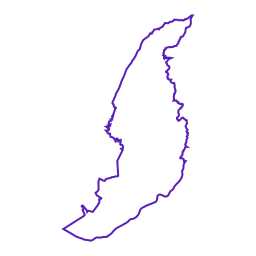 Tabalong, Kalimantan Selatan, Indonesia
{"feature_id": "22746128B29828162207979", "entity_name": "Tabalong", "entity_type": "district", "adm_level": 2, "iso_a3": "IDN", "parent_name": "Indonesia", "parent_adm1": "Kalimantan Selatan", "projection": "orthographic", "projection_center": [115.6, -1.837], "detail": "fine", "context": "isolated", "style": "outline", "palette": "violet", "viewbox_px": 256, "rotation_deg": 0, "n_neighbors": 0, "source": "geoboundaries", "source_scale": "gbopen_adm2", "svg_char_len": 5871}
<svg xmlns="http://www.w3.org/2000/svg" viewBox="0 0 256 256"><path d="M185.7,161.1L184.8,161.0L184.3,161.5L183.9,161.5L183.7,160.8L184.0,160.2L183.4,158.8L181.9,158.3L180.5,158.4L180.2,157.7L181.2,156.6L181.6,155.7L182.4,154.9L182.6,154.0L182.4,152.3L182.7,151.8L183.4,151.5L183.7,150.8L183.5,150.2L184.4,149.4L185.1,148.0L185.1,147.4L186.1,146.9L187.0,146.9L186.2,146.4L185.2,144.7L185.7,143.7L185.6,143.3L186.5,142.0L186.3,140.9L186.6,140.1L186.5,139.5L187.5,137.6L186.7,136.4L187.3,135.8L187.7,135.1L187.7,134.4L187.4,133.5L188.0,133.3L188.1,133.0L187.1,132.5L186.6,131.5L186.6,131.0L187.3,130.5L187.6,129.9L186.2,127.9L185.6,126.3L185.8,125.6L187.0,123.5L186.7,121.7L186.8,120.8L186.6,120.2L186.4,120.1L185.7,120.2L184.4,118.8L183.9,118.7L183.4,118.3L183.2,117.8L182.8,117.5L182.4,117.6L181.9,118.2L181.1,118.5L180.2,119.9L179.2,120.4L178.9,120.4L178.6,120.1L178.2,120.6L177.0,118.9L176.9,117.7L177.9,117.0L178.9,115.5L178.9,113.8L178.3,113.0L178.3,110.9L178.9,109.8L179.6,109.1L180.4,108.6L180.3,108.4L180.6,107.9L181.5,107.6L181.7,106.8L182.2,106.5L182.8,105.6L182.8,104.4L182.1,104.4L181.8,103.8L181.2,104.2L180.5,104.1L180.3,103.8L179.1,103.6L178.7,103.3L178.1,103.1L178.4,102.2L177.0,101.7L176.6,100.6L176.0,100.3L175.7,100.3L175.6,100.6L174.8,100.4L174.6,100.6L174.0,100.3L173.6,100.5L174.0,98.9L173.8,97.8L173.9,96.4L173.8,96.1L174.1,95.3L174.1,94.0L174.6,93.7L174.7,93.2L175.0,93.1L175.1,92.2L175.5,91.6L175.6,91.3L175.2,90.5L175.5,90.0L174.5,87.2L174.8,85.9L174.3,84.4L174.4,83.6L174.3,83.2L173.8,83.2L173.6,82.9L172.2,82.9L171.3,82.5L170.6,81.6L170.7,80.3L171.1,79.7L169.3,79.8L168.0,78.9L168.3,78.3L167.4,77.7L167.4,76.4L167.7,75.4L168.2,75.0L168.0,74.7L168.2,73.8L167.5,72.9L166.6,72.3L166.2,72.3L166.0,71.6L167.5,70.7L167.9,69.7L168.7,69.1L169.3,68.4L169.4,68.0L169.3,66.5L167.4,65.2L166.9,63.6L166.6,63.6L166.2,62.8L166.3,61.8L167.3,61.1L168.3,59.4L171.4,58.0L169.7,57.7L167.3,57.8L166.9,57.6L166.6,58.0L166.2,57.9L166.0,57.4L165.5,58.1L164.5,58.1L164.7,58.4L164.4,58.8L164.0,58.4L163.9,57.6L164.9,56.5L165.4,56.4L165.4,56.0L164.2,55.4L163.4,55.5L163.1,55.3L163.8,54.5L163.8,53.9L163.5,53.5L163.8,53.0L163.6,52.7L164.0,51.6L163.9,51.1L164.2,50.9L164.1,50.4L164.5,50.4L165.0,49.4L165.5,49.3L165.7,48.8L165.5,48.3L166.2,48.2L167.0,47.5L167.4,47.5L167.8,47.3L168.7,47.3L170.1,46.9L170.8,47.3L171.4,47.0L173.1,47.0L173.5,46.8L174.3,46.0L175.7,46.0L176.5,45.8L176.5,45.4L177.1,44.5L178.4,43.4L178.3,42.0L178.7,41.3L179.4,40.8L179.6,39.5L180.5,38.6L180.5,37.4L180.9,36.9L182.5,36.6L183.1,36.0L184.8,33.2L185.3,32.1L185.8,28.3L186.1,27.8L188.5,27.1L190.0,25.9L190.8,23.7L190.7,19.2L191.4,17.4L192.7,15.4L191.9,15.4L191.1,15.7L187.8,18.4L186.1,19.2L185.7,19.0L185.2,19.0L184.6,19.9L184.2,20.1L183.6,20.0L183.1,20.5L182.9,20.3L181.0,20.1L180.7,20.2L180.4,20.0L179.0,20.4L177.1,19.7L175.2,19.9L174.9,19.7L174.1,19.6L173.4,20.7L172.0,21.7L171.3,21.8L170.7,21.7L169.7,21.9L168.4,23.2L165.0,23.0L164.7,23.7L163.7,24.7L162.9,26.5L162.3,26.6L161.8,27.2L160.3,27.8L159.2,28.8L159.1,29.3L158.8,29.3L158.4,28.8L158.0,28.6L156.5,29.3L154.3,29.6L153.8,30.0L153.6,30.9L152.8,31.8L152.4,32.0L152.4,32.8L151.8,33.2L151.8,33.6L151.5,33.8L151.0,33.7L150.2,33.3L149.0,35.4L147.8,36.7L146.3,37.9L144.9,38.7L143.1,40.2L140.9,44.6L140.2,47.7L139.5,49.5L137.9,50.7L135.5,56.1L134.7,57.1L134.3,58.2L132.2,60.9L131.1,63.3L129.3,65.3L126.5,69.3L124.1,75.8L121.4,81.5L120.8,83.8L120.3,84.6L119.3,87.7L116.7,92.6L116.2,93.1L115.3,96.1L112.4,102.6L112.6,103.7L113.7,104.5L113.8,106.5L115.7,107.5L115.3,108.1L115.6,108.6L115.0,109.0L115.1,109.4L113.4,113.8L113.6,114.3L113.1,114.8L112.9,115.5L112.0,116.4L112.1,116.8L112.8,115.7L113.1,116.2L112.0,118.9L112.1,119.4L110.8,119.4L111.5,120.3L111.4,120.5L110.2,121.0L110.0,121.3L109.1,121.5L108.7,123.1L109.2,123.7L108.7,123.8L108.7,124.2L109.1,124.8L109.2,125.4L110.4,124.6L110.1,125.9L109.9,126.2L107.8,125.7L108.0,126.5L108.6,126.5L108.6,126.8L107.6,126.7L107.5,127.3L106.7,126.9L106.4,126.9L107.7,127.9L108.0,127.6L108.4,128.5L108.8,128.3L109.2,129.0L109.1,129.5L108.1,130.4L105.9,130.5L106.3,131.0L106.9,130.9L107.6,131.9L107.4,132.6L108.4,133.7L108.9,133.8L109.8,133.5L110.2,134.3L110.2,135.8L110.4,136.5L110.9,137.0L112.3,137.2L112.5,137.5L113.8,138.0L114.5,139.1L115.6,141.6L115.8,141.5L115.8,140.6L116.0,140.2L115.9,139.5L116.4,138.7L117.5,138.7L117.6,140.7L118.4,141.6L118.7,141.5L118.4,141.1L118.7,140.1L118.9,140.2L119.7,140.8L120.2,139.9L120.8,139.8L120.8,140.0L120.6,140.2L120.8,141.7L120.4,142.3L120.4,143.1L120.1,144.1L120.6,144.9L122.0,144.8L122.6,145.5L123.1,146.8L123.1,147.2L122.6,148.1L122.0,148.5L121.1,148.7L121.4,149.1L121.9,149.4L122.7,149.3L122.8,149.8L117.3,160.9L118.2,175.7L117.8,176.3L115.5,176.4L113.6,177.0L111.8,177.1L110.5,178.0L106.9,178.7L105.9,179.2L105.3,179.9L105.0,180.7L104.6,180.9L102.9,180.4L100.7,179.2L99.4,178.7L98.4,181.7L98.6,190.0L96.8,192.0L95.6,192.7L96.1,194.2L96.8,195.3L101.3,198.3L100.2,199.4L99.2,199.4L99.0,199.9L99.3,200.4L99.4,202.0L98.9,203.3L98.1,204.2L98.0,204.9L92.8,211.9L88.2,210.7L87.2,211.9L87.0,210.9L85.1,208.2L83.0,206.2L82.6,206.1L82.8,205.7L82.1,205.6L81.7,206.4L83.2,207.5L83.8,208.4L83.6,208.9L82.5,209.7L84.8,214.8L83.8,216.0L63.3,229.0L71.0,233.4L76.0,236.5L82.5,238.8L84.2,239.6L91.0,240.6L92.3,240.2L95.8,237.8L97.1,237.4L100.1,237.7L103.2,237.0L106.9,236.9L107.4,236.1L108.4,235.8L111.6,233.3L113.8,230.6L116.5,228.2L126.4,222.8L127.8,221.8L130.1,219.4L131.3,219.0L132.3,219.0L134.0,218.5L136.2,217.1L138.2,214.9L139.1,213.2L140.0,210.3L141.0,208.8L141.9,208.0L146.3,205.7L154.8,202.3L156.1,201.5L156.5,200.9L157.0,199.7L157.5,195.9L158.3,195.1L159.4,194.6L160.5,194.5L164.5,196.4L165.3,196.6L166.8,196.4L168.1,195.5L170.4,191.2L172.0,190.1L173.2,189.0L174.6,186.3L175.5,185.1L179.5,181.0L181.4,178.1L182.3,175.7L182.4,173.9L182.1,171.2L183.4,168.4L183.6,164.7L184.5,162.8L185.2,162.0L185.4,161.5L185.7,161.1Z" fill="none" stroke="#5b21b6" stroke-width="2"/></svg>